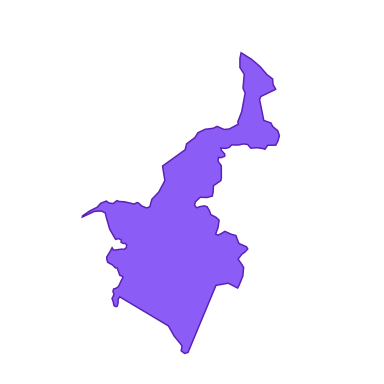 Bambari, Ouaka, Central African Republic (orthographic projection), rotated 298°
{"feature_id": "33826404B32260495393800", "entity_name": "Bambari", "entity_type": "district", "adm_level": 2, "iso_a3": "CAF", "parent_name": "Central African Republic", "parent_adm1": "Ouaka", "projection": "orthographic", "projection_center": [21.01, 5.752], "detail": "fine", "context": "isolated", "style": "filled", "palette": "violet", "viewbox_px": 384, "rotation_deg": 298, "n_neighbors": 0, "source": "geoboundaries", "source_scale": "gbopen_adm2", "svg_char_len": 2131}
<svg xmlns="http://www.w3.org/2000/svg" viewBox="0 0 384 384"><g transform="rotate(298 192 192)"><path d="M338.0,170.0L332.4,171.6L324.4,175.9L320.5,182.8L307.6,188.3L304.3,192.5L286.2,198.2L275.4,199.5L273.7,201.1L265.1,195.3L262.3,191.0L261.7,183.3L258.3,180.9L253.5,174.1L247.1,169.4L241.6,169.1L232.0,164.6L226.0,166.1L201.1,153.8L189.3,162.7L176.4,162.7L166.7,160.0L159.0,161.7L156.5,159.1L156.1,154.1L157.2,149.8L156.7,148.2L154.3,146.8L153.5,143.9L151.7,137.1L149.4,132.0L149.2,129.8L144.8,127.8L143.3,123.8L143.8,120.6L139.2,116.7L134.0,115.4L127.3,110.6L119.5,106.6L118.4,106.9L128.8,114.7L130.9,117.8L132.7,121.1L132.8,125.2L129.6,128.0L120.5,136.8L114.3,146.8L116.5,149.2L116.3,152.3L114.3,152.9L114.3,155.3L115.2,157.3L114.6,159.2L112.0,160.1L109.5,159.0L108.6,156.8L105.9,153.0L103.8,150.2L105.3,147.6L100.6,147.6L94.6,147.2L92.4,148.5L90.3,150.7L90.3,156.1L89.0,160.0L89.8,161.6L84.5,167.4L84.9,170.2L84.3,171.1L79.8,171.1L75.3,171.5L73.0,171.1L71.0,169.8L69.6,168.3L67.0,168.9L65.4,170.9L62.9,171.4L60.3,171.4L58.7,173.4L55.1,176.4L55.0,178.6L56.2,179.6L59.6,178.7L62.7,177.1L65.5,177.4L62.7,234.0L56.4,243.9L53.2,251.6L51.4,255.5L46.7,257.0L46.0,261.3L48.5,263.8L120.8,257.0L128.5,266.8L128.6,277.4L131.5,277.4L141.9,276.3L149.6,273.0L151.4,270.0L154.4,264.2L160.7,265.3L163.5,266.8L167.8,268.0L169.2,265.9L168.6,257.7L171.0,254.7L174.2,251.2L173.1,246.6L172.7,239.5L168.7,237.1L166.0,235.1L166.0,232.6L172.7,231.7L179.8,229.2L180.9,225.3L180.9,219.2L183.4,216.5L186.1,212.3L185.5,209.3L182.8,205.9L180.2,203.4L181.6,200.5L184.8,199.6L191.2,201.7L194.1,207.7L197.9,211.8L201.8,210.7L207.7,208.0L215.6,212.1L218.1,211.4L229.0,205.5L231.3,200.6L235.0,199.2L235.9,201.5L238.8,204.1L240.8,203.2L242.5,198.7L244.3,196.7L246.5,201.5L248.8,203.9L252.2,204.9L255.1,210.6L258.6,214.9L260.1,218.8L258.3,223.3L261.6,228.6L263.6,234.0L263.9,236.3L268.8,236.9L270.8,240.6L272.7,244.0L277.5,243.9L282.7,242.8L286.4,238.9L287.7,232.5L290.0,229.3L288.9,221.8L305.3,208.3L308.6,207.9L322.0,217.7L325.0,213.1L329.7,210.1L330.8,203.1L334.6,193.5L337.1,182.4L338.0,170.0Z" fill="#8b5cf6" stroke="#5b21b6" stroke-width="1.5"/></g></svg>